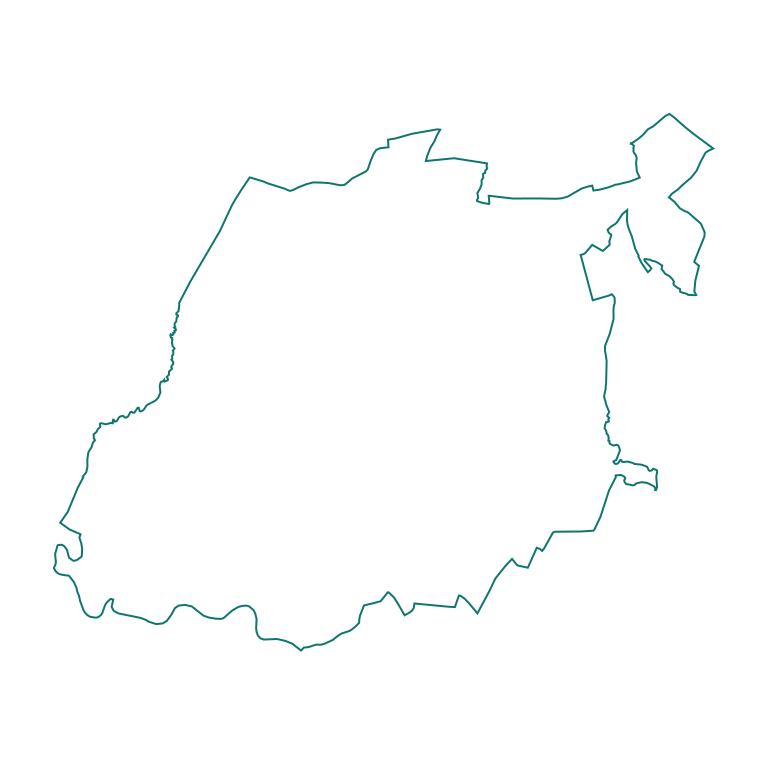 Suseni, Mures, Romania, rotated 89°
{"feature_id": "2599482B78357474584044", "entity_name": "Suseni", "entity_type": "district", "adm_level": 2, "iso_a3": "ROU", "parent_name": "Romania", "parent_adm1": "Mures", "projection": "orthographic", "projection_center": [24.705, 46.834], "detail": "fine", "context": "isolated", "style": "outline", "palette": "teal", "viewbox_px": 768, "rotation_deg": 89, "n_neighbors": 0, "source": "geoboundaries", "source_scale": "gbopen_adm2", "svg_char_len": 6123}
<svg xmlns="http://www.w3.org/2000/svg" viewBox="0 0 768 768"><g transform="rotate(89 384 384)"><path d="M649.0,471.6L646.1,468.6L645.8,464.3L643.4,456.4L643.6,451.3L642.5,447.5L639.0,439.7L634.6,433.9L632.7,430.7L630.4,423.1L629.2,420.9L625.6,416.3L622.3,413.0L618.6,412.8L614.8,411.9L605.0,407.8L602.9,397.9L601.1,391.1L592.3,383.8L592.4,383.0L597.3,378.0L603.0,374.4L615.6,367.4L612.9,362.4L611.0,359.8L608.3,358.1L604.0,357.4L607.9,322.6L608.3,317.0L596.8,312.8L597.1,311.2L600.1,307.1L605.1,302.5L615.0,294.6L592.4,282.0L580.5,276.1L568.2,265.9L561.1,259.0L567.7,253.9L570.2,243.4L550.4,234.1L551.8,230.7L553.7,228.8L551.1,226.7L535.7,217.8L534.7,216.2L534.9,189.8L534.3,177.2L533.1,176.1L520.6,169.9L494.2,160.8L481.3,153.9L479.5,154.0L479.1,148.9L480.3,146.1L481.7,144.7L482.5,144.5L484.5,145.5L486.2,145.2L488.3,143.6L488.6,142.7L488.6,140.7L489.6,137.9L489.7,136.6L489.1,135.0L487.8,133.6L486.9,129.4L486.7,127.4L487.5,122.5L491.0,115.9L492.7,114.6L494.8,114.7L494.9,114.0L492.6,113.0L490.9,112.8L481.3,113.4L476.4,112.4L474.9,112.8L473.5,116.2L473.6,116.6L474.9,117.5L475.5,119.4L475.2,120.4L474.6,120.9L471.4,122.3L469.5,126.9L469.1,128.2L468.3,135.0L467.2,136.8L465.8,141.8L466.1,145.3L466.0,147.2L464.0,148.3L464.1,149.1L467.0,151.0L467.9,152.5L467.9,154.2L466.1,155.9L465.3,155.9L464.9,155.3L464.1,153.1L454.5,149.2L450.8,150.2L449.4,151.1L448.8,152.7L449.6,155.5L447.9,159.0L447.1,159.6L445.1,159.5L444.5,160.7L441.8,160.2L438.9,161.0L437.7,162.2L434.9,162.6L432.0,164.2L429.4,163.8L426.1,162.6L426.0,161.1L425.3,159.9L423.6,160.4L421.7,159.4L420.1,161.3L419.3,161.3L415.9,159.3L409.3,161.9L400.4,164.2L393.7,162.7L386.7,161.9L364.6,161.0L353.9,162.5L349.8,162.3L337.4,157.3L322.9,153.3L314.8,153.3L310.9,153.0L307.0,151.9L302.3,151.9L301.0,152.3L298.2,154.7L299.5,157.5L303.9,173.8L258.4,185.1L257.7,182.4L256.5,180.4L248.5,173.4L254.8,162.9L248.7,155.9L245.2,156.2L239.1,154.1L238.5,154.2L238.0,155.3L236.2,156.9L233.6,157.7L230.6,154.2L227.9,149.8L226.5,148.3L218.2,142.6L214.3,137.8L224.9,138.2L228.3,137.8L232.6,136.7L241.2,133.5L253.1,130.5L260.1,127.2L260.7,127.5L267.0,124.7L276.8,118.2L275.0,116.1L273.1,114.7L271.6,115.6L265.7,121.0L264.3,121.5L263.6,121.2L264.4,115.5L265.5,113.9L266.0,111.2L267.4,108.3L270.5,103.7L273.6,104.5L278.8,100.9L281.2,96.6L284.1,93.9L286.8,92.3L288.9,92.9L290.1,92.5L292.8,89.1L294.2,86.4L296.9,86.3L298.3,83.0L298.5,81.5L299.4,79.0L300.2,78.4L300.6,71.5L300.4,70.3L296.8,72.1L286.1,70.9L271.3,67.0L267.5,71.6L267.0,71.6L242.2,61.1L237.9,60.7L229.2,64.4L218.7,75.9L217.2,78.0L216.3,80.5L213.5,85.1L206.9,90.4L202.4,95.9L198.8,92.8L194.5,86.6L190.5,82.4L183.3,73.6L176.2,67.7L167.6,63.7L158.2,58.4L156.2,55.1L154.3,50.7L139.3,70.2L132.4,78.5L121.9,90.0L119.0,94.0L120.9,98.0L131.2,110.5L133.8,115.5L139.6,120.9L142.9,125.0L146.7,130.6L147.6,132.9L148.1,133.1L148.5,131.7L150.2,129.9L152.5,130.6L153.8,130.3L155.7,130.6L157.9,129.6L159.0,128.5L162.1,127.4L167.4,128.1L175.8,127.5L182.1,124.7L185.6,133.9L188.6,147.1L188.7,148.9L191.4,156.5L193.5,165.3L194.2,171.2L189.3,172.4L190.1,176.6L192.0,182.9L199.8,197.0L201.4,202.8L201.8,208.4L201.2,225.5L200.8,252.0L197.6,276.0L205.2,275.5L205.9,276.0L204.4,283.1L202.7,287.7L201.9,287.9L199.4,286.6L194.7,287.3L190.4,284.6L186.2,282.9L182.0,282.9L179.4,281.2L175.7,281.3L175.2,280.7L174.9,279.4L172.1,278.8L170.7,277.2L167.9,277.6L165.2,277.2L159.5,310.0L161.8,338.3L156.6,336.8L148.5,333.4L141.8,329.1L137.4,327.3L130.7,323.4L130.3,326.3L134.3,351.6L138.7,368.2L139.8,375.7L147.4,375.4L148.3,384.2L149.9,387.7L153.8,390.4L160.8,393.5L169.0,396.4L171.0,398.1L177.9,412.2L181.7,416.6L184.4,420.4L184.5,424.5L182.3,434.6L181.6,442.0L181.2,451.3L182.9,458.2L186.0,466.5L188.5,471.6L189.3,474.7L186.9,480.2L181.5,496.3L179.3,501.4L175.1,514.6L187.6,523.4L198.2,530.3L202.8,533.0L228.2,545.4L278.4,576.0L299.6,587.5L301.9,587.3L307.6,588.2L309.6,590.4L310.9,590.4L311.8,588.8L312.9,588.9L313.7,590.0L318.0,590.7L319.6,592.2L322.0,592.4L323.3,591.7L324.0,592.9L325.6,591.2L326.5,591.1L327.3,592.7L328.5,592.3L328.8,592.4L329.2,593.8L330.1,593.5L331.0,593.9L331.4,594.9L330.6,596.4L331.6,596.8L333.4,596.4L334.3,595.0L335.0,595.4L336.1,594.7L338.0,595.3L342.1,594.8L344.9,592.8L347.1,594.6L348.2,594.0L351.1,594.3L352.2,595.5L354.9,595.2L355.9,596.2L358.4,594.3L360.3,594.4L362.0,596.0L363.7,596.4L364.6,595.7L365.2,595.8L367.9,598.8L370.8,598.7L373.3,601.2L375.0,599.9L376.6,600.2L377.6,603.2L375.8,603.7L377.7,605.2L377.8,606.7L378.8,607.5L382.0,608.3L388.6,607.7L393.9,610.1L396.7,613.0L401.0,621.6L404.9,624.2L405.9,625.2L407.0,627.1L407.2,627.7L406.9,628.7L403.6,629.6L403.5,630.7L408.3,634.1L408.3,635.4L407.4,636.8L407.8,638.1L412.0,640.5L412.9,641.8L413.1,643.6L411.6,645.0L411.2,646.0L412.1,648.7L413.3,650.0L415.9,651.4L416.7,652.5L416.8,653.7L415.1,654.8L415.0,655.5L416.0,655.9L417.8,655.6L418.6,656.0L418.1,658.2L418.8,659.9L419.4,663.0L418.3,667.2L418.5,668.4L419.1,668.8L422.0,668.4L424.2,671.0L426.7,672.1L429.3,675.2L433.1,675.1L435.2,673.9L437.5,676.1L441.8,677.4L447.2,680.8L454.0,681.9L461.7,682.0L466.9,683.2L471.0,686.4L472.2,686.9L472.4,686.5L482.4,692.0L506.5,702.5L517.1,710.2L524.0,700.9L528.9,690.1L532.3,691.2L538.3,689.4L543.3,688.7L550.1,689.1L551.6,689.7L554.7,694.3L555.4,697.0L555.2,697.9L552.1,702.0L544.2,703.9L540.7,706.4L539.5,708.2L539.1,709.9L539.4,712.8L539.9,713.3L548.2,715.8L556.0,715.2L558.3,715.5L562.2,717.3L565.6,715.5L567.5,713.4L568.6,711.4L569.8,705.5L569.9,703.5L570.3,702.3L576.6,697.5L582.5,695.0L586.9,694.1L590.2,692.7L595.8,691.6L605.1,688.3L608.0,686.5L609.9,684.6L611.6,681.9L612.5,677.1L612.5,674.9L611.5,672.8L609.7,670.6L607.4,669.4L600.5,666.9L597.9,665.3L594.1,661.1L594.8,658.5L602.1,660.2L606.1,658.2L608.7,653.8L613.6,631.5L615.8,626.0L617.3,624.0L620.1,616.0L619.5,609.4L616.9,605.1L610.9,600.6L604.5,597.0L602.0,593.2L601.4,586.8L603.0,580.1L612.5,568.5L614.4,563.4L615.7,556.3L616.0,551.1L615.4,548.7L607.8,539.6L604.4,533.6L603.4,529.7L603.2,525.4L603.9,522.9L607.8,518.4L611.4,516.7L616.6,515.5L626.1,516.1L629.7,515.7L633.5,514.4L636.1,512.0L637.4,508.7L637.1,495.3L639.1,487.3L641.9,480.5L649.0,471.6Z" fill="none" stroke="#0f766e" stroke-width="2"/></g></svg>